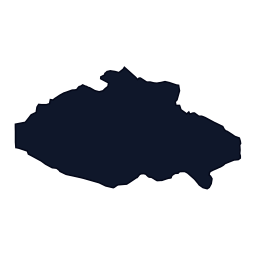 Al Mawasit, Ta`izz, Yemen
{"feature_id": "15242507B76760734874211", "entity_name": "Al Mawasit", "entity_type": "district", "adm_level": 2, "iso_a3": "YEM", "parent_name": "Yemen", "parent_adm1": "Ta`izz", "projection": "orthographic", "projection_center": [44.115, 13.304], "detail": "fine", "context": "isolated", "style": "filled", "palette": "ink", "viewbox_px": 256, "rotation_deg": 0, "n_neighbors": 0, "source": "geoboundaries", "source_scale": "gbopen_adm2", "svg_char_len": 3017}
<svg xmlns="http://www.w3.org/2000/svg" viewBox="0 0 256 256"><path d="M178.6,85.3L176.4,85.0L169.0,82.5L168.3,82.4L166.8,82.0L166.5,82.0L165.9,81.8L165.0,81.6L161.2,82.5L158.7,82.9L156.9,83.2L154.5,83.0L153.9,82.9L153.7,82.9L153.3,82.8L150.0,82.0L148.7,82.1L147.8,82.1L146.7,82.1L140.5,78.1L139.1,78.1L137.5,79.5L135.6,77.3L124.4,67.3L123.2,69.2L118.9,72.6L114.9,71.5L112.7,71.2L112.1,71.1L110.3,70.8L107.4,71.5L107.1,71.5L105.0,73.5L104.9,73.5L104.7,74.9L100.8,76.9L100.7,78.7L108.6,82.9L107.9,86.5L105.2,88.6L103.2,90.6L103.0,90.8L99.2,91.8L99.0,91.7L98.4,91.6L95.3,90.8L94.7,90.6L92.2,89.2L91.7,88.9L89.9,87.9L89.6,87.7L88.4,87.5L86.4,86.4L84.9,86.0L82.7,84.9L80.7,86.2L79.1,86.6L78.0,87.8L76.7,89.6L75.8,89.8L74.4,90.0L74.2,90.0L72.2,90.1L70.8,90.6L68.6,91.4L67.2,91.9L66.9,92.0L65.2,92.6L63.9,93.0L59.7,95.3L57.2,97.0L55.0,98.4L53.0,100.0L52.2,99.9L50.4,99.6L49.7,103.0L49.5,103.7L46.4,104.7L41.6,104.7L38.7,104.4L37.0,107.1L36.2,112.4L31.2,114.8L30.0,116.3L29.5,117.0L25.3,122.3L15.4,124.2L15.4,124.3L15.4,127.4L15.5,131.5L15.5,132.1L15.5,133.2L15.5,142.1L15.8,146.5L15.9,147.6L16.2,147.6L19.0,148.2L27.3,151.0L28.4,154.1L30.8,155.3L41.3,161.0L45.5,164.1L52.2,167.7L56.6,168.2L59.0,170.1L60.0,171.4L62.9,172.8L66.0,174.3L66.8,174.5L70.9,175.4L71.0,175.4L78.2,177.0L80.9,177.6L82.5,178.0L83.7,178.3L99.1,182.7L105.7,185.9L113.3,187.7L114.2,187.3L116.9,185.4L117.4,185.1L118.2,184.8L125.5,184.2L126.7,184.1L127.2,183.8L128.4,183.0L128.8,182.8L133.9,179.4L136.2,177.8L136.6,177.7L137.0,177.6L137.8,176.7L139.2,174.9L139.6,174.4L141.5,173.7L142.2,173.7L143.8,173.6L145.1,174.0L145.8,174.1L146.9,175.3L148.5,176.8L149.8,177.2L151.3,177.2L152.9,178.1L154.4,179.0L154.5,179.1L156.0,180.0L157.1,180.6L157.5,180.6L160.4,180.4L161.8,180.4L167.2,178.6L167.6,178.5L168.9,178.1L169.8,178.1L170.8,177.9L171.1,177.7L171.4,176.5L172.2,175.2L175.0,173.4L178.1,173.2L179.1,172.0L180.1,171.6L183.2,171.5L183.9,171.5L185.1,171.6L186.3,172.3L187.5,172.9L193.5,178.2L194.5,179.1L195.2,179.9L197.1,182.2L197.8,183.0L199.2,184.9L203.0,187.6L206.7,188.6L207.3,188.7L209.2,187.4L211.2,183.7L212.0,178.8L210.5,176.2L209.1,175.0L209.5,172.5L210.5,171.4L213.2,170.0L214.8,169.3L216.5,168.6L217.1,168.3L217.8,168.0L219.0,167.4L220.4,166.9L222.8,165.5L224.2,164.4L224.3,164.2L224.6,163.8L226.0,163.2L226.7,162.9L234.0,160.0L238.3,159.6L238.6,159.4L240.3,158.1L240.3,157.2L240.3,155.9L239.7,153.5L240.0,150.4L240.0,149.6L239.7,144.8L240.6,143.6L240.4,142.0L240.2,140.9L240.1,140.6L239.3,138.0L234.8,136.4L232.4,134.7L227.3,131.4L225.4,130.7L223.9,128.8L223.6,128.2L223.4,127.8L223.1,127.2L222.7,126.5L221.0,125.7L216.1,123.3L214.1,122.4L213.6,122.1L209.7,120.0L205.4,117.7L205.2,117.6L203.8,117.0L201.6,116.2L198.8,116.2L198.0,115.7L197.5,115.2L197.4,115.2L194.5,113.0L193.5,113.0L193.1,113.0L189.8,114.1L188.8,112.0L186.6,114.0L185.5,113.0L180.9,109.7L180.1,107.0L179.5,105.4L178.9,105.4L175.9,105.4L175.5,103.2L175.2,101.8L176.0,100.9L176.4,100.5L177.0,99.8L179.5,90.8L178.6,85.3Z" fill="#0f172a" stroke="#020617" stroke-width="1.5"/></svg>